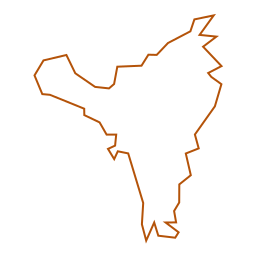 the district of Moore, Tennessee, United States of America
{"feature_id": "52423323B16895111765374", "entity_name": "Moore", "entity_type": "district", "adm_level": 2, "iso_a3": "USA", "parent_name": "United States of America", "parent_adm1": "Tennessee", "projection": "mercator", "projection_center": [-86.361, 35.268], "detail": "fine", "context": "isolated", "style": "outline", "palette": "amber", "viewbox_px": 256, "rotation_deg": 0, "n_neighbors": 0, "source": "geoboundaries", "source_scale": "gbopen_adm2", "svg_char_len": 716}
<svg xmlns="http://www.w3.org/2000/svg" viewBox="0 0 256 256"><path d="M213.7,15.4L194.4,19.4L190.4,31.3L168.0,43.0L156.7,54.9L148.4,54.7L141.5,65.7L117.3,66.7L114.1,84.0L109.0,88.4L95.1,86.9L75.3,73.3L66.4,55.0L43.5,60.4L34.5,75.4L42.3,94.1L49.9,94.8L84.2,108.7L84.3,115.1L99.6,122.4L106.6,134.6L116.2,134.6L115.1,145.6L108.0,148.9L114.2,159.1L117.8,151.3L128.2,153.4L143.2,203.0L141.9,224.3L146.2,240.6L154.2,222.5L158.3,235.7L175.2,237.7L178.6,232.3L165.6,222.5L176.1,222.4L174.1,211.0L179.2,202.5L179.3,184.4L190.8,175.2L185.8,153.5L198.7,148.4L194.9,134.5L214.9,106.3L221.4,84.2L211.3,76.9L208.2,73.0L221.5,66.1L203.1,46.7L216.4,36.6L199.6,34.9L213.7,15.4Z" fill="none" stroke="#b45309" stroke-width="2"/></svg>